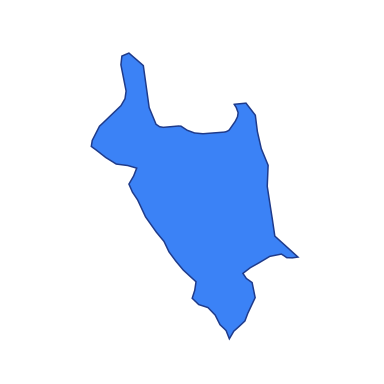 SVG path tracing the border of Kəlbəcər, rotated 73°
{"feature_id": "AZE-1682", "entity_name": "Kəlbəcər", "entity_type": "District", "adm_level": 1, "iso_a3": "AZE", "parent_name": "Azerbaijan", "parent_adm1": "", "projection": "natural_earth1", "projection_center": [46.186, 40.056], "detail": "fine", "context": "isolated", "style": "filled", "palette": "blue", "viewbox_px": 384, "rotation_deg": 73, "n_neighbors": 0, "source": "natural_earth", "source_scale": "10m", "svg_char_len": 1192}
<svg xmlns="http://www.w3.org/2000/svg" viewBox="0 0 384 384"><g transform="rotate(73 192 192)"><path d="M98.8,208.3L116.7,206.6L120.1,203.9L121.8,200.5L124.9,185.8L125.8,183.3L131.5,178.6L136.3,172.3L139.5,164.5L144.1,143.9L144.3,142.0L144.1,140.1L143.6,138.3L137.1,130.0L133.4,126.5L129.7,124.7L124.1,125.0L120.5,126.0L120.5,125.9L122.8,114.4L137.1,109.0L153.2,111.8L170.8,113.1L188.7,111.4L208.6,118.4L230.0,121.5L239.8,122.9L240.0,122.9L258.4,125.7L285.2,109.7L284.3,115.3L282.5,120.6L280.0,122.5L277.5,124.7L276.3,136.4L279.1,147.8L281.4,158.3L284.7,167.1L290.6,165.3L296.2,161.0L311.5,162.5L324.3,174.1L330.8,179.1L334.0,185.6L335.9,189.6L337.3,192.7L343.3,199.2L334.5,199.9L332.4,201.0L327.1,204.0L316.5,205.8L307.2,210.5L301.6,218.5L293.7,222.9L286.8,218.1L279.0,214.4L271.9,218.6L265.9,222.1L264.0,223.2L253.3,227.7L242.5,231.5L231.1,233.2L220.1,237.8L202.2,243.7L183.7,246.3L174.7,249.0L166.0,250.0L159.6,243.1L153.0,237.9L147.9,245.7L143.1,256.3L133.8,264.4L123.9,271.3L119.0,275.0L113.5,272.3L102.0,261.2L100.1,257.3L88.7,234.7L83.2,228.8L76.2,225.5L49.6,222.8L41.5,219.3L41.0,214.9L40.7,211.7L56.9,201.6L98.8,208.3Z" fill="#3b82f6" stroke="#1e3a8a" stroke-width="1.5"/></g></svg>